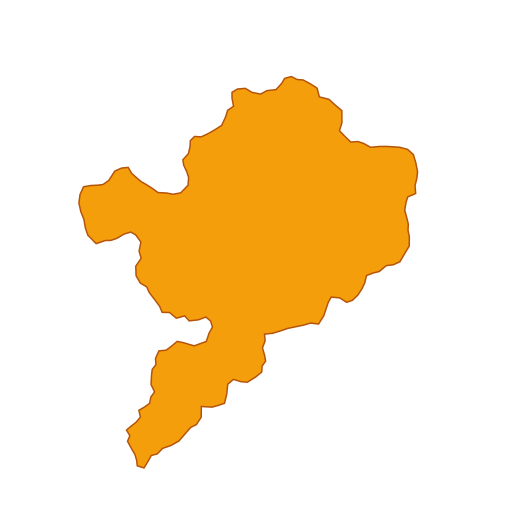 the district of Venda Nova do Imigrante, Espírito Santo, Brazil, rotated 71°
{"feature_id": "56859067B87905446855481", "entity_name": "Venda Nova do Imigrante", "entity_type": "district", "adm_level": 2, "iso_a3": "BRA", "parent_name": "Brazil", "parent_adm1": "Espírito Santo", "projection": "albers", "projection_center": [-41.134, -20.372], "detail": "fine", "context": "isolated", "style": "filled", "palette": "amber", "viewbox_px": 512, "rotation_deg": 71, "n_neighbors": 0, "source": "geoboundaries", "source_scale": "gbopen_adm2", "svg_char_len": 2442}
<svg xmlns="http://www.w3.org/2000/svg" viewBox="0 0 512 512"><g transform="rotate(71 256 256)"><path d="M204.5,78.0L200.0,84.7L197.3,91.1L195.0,96.6L192.6,103.7L190.5,112.3L184.8,117.4L181.0,122.3L179.1,129.3L172.7,132.6L164.7,136.3L157.8,131.3L146.5,127.5L138.7,132.2L131.6,136.0L126.2,144.3L117.1,143.6L111.1,148.4L104.9,154.1L102.5,159.7L97.8,164.2L97.4,171.1L101.0,175.3L105.2,182.9L103.2,191.8L104.4,199.0L99.9,206.6L94.0,211.5L92.1,219.0L93.4,225.4L99.0,227.3L107.1,228.5L109.0,235.4L114.5,239.4L121.3,245.9L123.4,254.5L124.8,262.1L125.5,269.1L123.0,275.1L125.5,280.5L131.0,282.7L137.3,286.7L141.2,293.8L146.5,294.8L153.7,294.0L159.6,294.1L167.0,297.2L171.8,306.7L170.6,314.3L167.3,320.1L164.1,328.0L158.1,332.2L152.6,336.6L148.4,340.3L143.7,343.1L137.7,346.6L130.6,348.0L129.1,354.5L129.7,361.8L136.7,370.7L138.6,377.5L137.3,383.4L135.6,389.1L134.4,396.5L140.6,402.4L148.3,406.2L157.0,407.2L165.2,406.8L174.1,408.2L181.6,408.2L192.3,403.1L192.3,393.5L194.0,388.1L194.0,381.8L192.3,373.5L192.6,366.6L196.8,362.9L205.3,360.3L213.4,365.0L220.7,365.3L226.5,373.0L235.6,375.8L244.0,374.2L249.6,369.4L255.9,368.8L264.2,366.0L272.1,363.5L278.7,363.1L281.3,356.1L288.9,351.6L289.4,342.9L295.6,340.3L297.6,331.2L297.4,323.3L302.7,320.1L309.0,320.3L313.7,325.5L320.6,330.8L320.8,343.8L314.5,352.6L311.1,358.3L314.0,366.0L315.8,371.6L314.1,378.7L320.2,384.4L326.2,386.0L329.4,391.0L334.5,393.5L343.4,397.1L351.4,396.1L355.2,401.4L360.7,404.6L362.4,410.3L363.8,417.0L370.6,417.7L374.2,423.6L376.3,429.7L378.4,435.1L384.9,433.8L389.3,437.8L396.5,436.6L404.5,435.1L410.5,435.4L415.8,436.6L419.9,430.9L415.3,425.3L410.5,419.9L411.0,413.9L407.5,406.9L407.5,398.3L405.8,389.1L400.7,380.3L396.8,373.5L396.0,367.2L390.6,360.3L380.5,356.7L384.6,346.7L385.0,340.1L385.0,333.7L377.0,328.6L368.1,324.5L365.3,317.5L370.1,310.9L372.5,305.1L370.2,295.4L367.5,288.3L362.1,286.1L358.5,281.1L352.6,280.2L345.0,279.8L339.2,275.0L332.7,273.4L334.5,265.3L334.8,257.0L334.8,249.5L336.0,240.2L336.9,232.9L337.2,226.2L340.7,219.0L334.5,211.3L328.9,207.0L323.5,202.9L319.3,198.3L322.9,190.4L329.3,185.4L329.3,179.3L326.1,172.4L321.4,166.4L316.8,161.9L310.5,157.9L310.2,150.8L310.8,144.5L307.5,136.0L309.0,129.1L308.3,121.8L302.8,115.4L296.5,107.9L287.6,104.7L281.1,103.9L275.8,101.7L270.4,101.1L261.2,100.5L254.3,96.8L249.5,93.3L248.9,84.7L241.2,82.7L235.0,78.7L229.0,75.8L219.3,74.5L211.3,74.2L204.5,78.0Z" fill="#f59e0b" stroke="#b45309" stroke-width="1.5"/></g></svg>